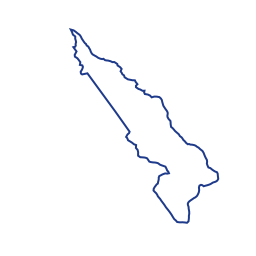 outline of João Ramalho, São Paulo, Brazil, rotated 305°
{"feature_id": "56859067B2602022152952", "entity_name": "João Ramalho", "entity_type": "district", "adm_level": 2, "iso_a3": "BRA", "parent_name": "Brazil", "parent_adm1": "São Paulo", "projection": "robinson", "projection_center": [-50.796, -22.233], "detail": "fine", "context": "isolated", "style": "outline", "palette": "blue", "viewbox_px": 256, "rotation_deg": 305, "n_neighbors": 0, "source": "geoboundaries", "source_scale": "gbopen_adm2", "svg_char_len": 3116}
<svg xmlns="http://www.w3.org/2000/svg" viewBox="0 0 256 256"><g transform="rotate(305 128 128)"><path d="M142.8,226.3L142.3,224.2L142.2,222.5L142.2,220.6L142.4,218.5L141.8,216.5L142.9,214.6L144.1,213.0L145.7,212.2L147.1,210.9L148.2,208.6L149.2,206.9L151.0,204.2L151.9,202.2L152.0,200.4L152.1,198.8L152.4,197.1L152.2,195.3L152.3,193.5L151.9,191.9L151.1,190.1L150.2,188.6L149.9,187.2L149.0,186.3L149.1,184.3L149.7,182.2L150.0,180.0L150.6,178.8L151.1,177.2L151.1,175.2L152.0,173.2L152.2,171.1L152.5,168.4L153.0,166.6L153.5,164.6L153.6,162.7L154.6,161.7L155.9,160.5L157.0,159.7L158.1,158.7L158.7,156.0L159.7,154.0L161.0,153.0L162.4,152.4L163.5,151.5L164.4,149.8L164.9,148.2L165.6,146.4L166.5,144.2L169.0,141.1L170.3,139.7L171.0,138.1L171.3,136.0L170.2,133.6L168.8,131.5L166.7,129.8L167.2,127.4L166.8,125.1L165.5,122.3L166.4,120.8L168.0,120.1L166.8,118.6L166.6,116.1L166.0,114.2L166.0,112.6L166.0,111.1L167.2,110.3L169.3,110.6L170.1,107.9L171.0,106.3L169.7,104.3L167.8,100.0L167.6,96.1L168.8,94.6L168.8,92.6L169.6,91.2L170.2,89.4L172.7,88.9L173.3,86.8L173.3,85.3L173.2,83.6L174.3,82.5L174.2,79.0L173.0,77.4L172.7,75.4L171.8,73.0L171.0,71.6L170.4,70.3L170.6,68.2L169.6,67.3L168.9,65.6L168.4,63.4L168.4,61.1L168.2,59.3L168.0,57.2L168.2,55.7L169.2,53.7L170.5,51.9L171.0,50.6L171.9,48.8L171.9,46.8L172.7,45.5L172.8,44.0L173.3,42.5L174.2,40.2L174.7,38.9L175.6,37.4L176.4,35.6L176.6,34.1L176.6,32.4L176.8,30.1L176.8,27.5L176.3,26.1L175.8,24.7L174.5,27.1L172.9,29.3L172.7,32.3L170.8,33.6L169.8,34.9L168.6,36.2L166.7,36.9L165.6,37.9L164.3,38.1L162.9,36.9L161.9,39.7L161.2,41.9L159.0,42.2L157.3,42.4L156.0,43.6L156.1,46.5L155.6,48.2L154.6,51.1L153.3,51.9L152.1,52.4L153.1,54.7L152.2,56.0L150.9,56.5L149.6,56.8L146.9,57.0L145.6,58.3L145.6,59.7L149.5,63.4L134.1,108.5L125.9,131.4L124.5,131.8L122.4,131.3L119.6,131.6L119.3,133.1L118.0,135.1L118.2,137.6L118.3,139.6L118.1,142.3L118.7,144.4L116.2,145.9L115.6,148.4L114.0,150.2L112.6,151.1L111.1,152.2L111.1,154.8L112.1,156.4L113.2,158.3L113.8,159.7L114.1,161.1L113.3,163.2L112.7,164.7L113.1,166.1L114.1,168.1L115.2,169.9L116.0,171.6L116.4,173.0L116.3,175.2L116.7,176.9L117.2,178.6L117.8,180.8L116.7,182.9L115.6,184.5L115.4,185.9L114.4,187.5L113.2,186.4L112.1,184.5L110.6,183.4L109.5,182.7L108.0,182.0L106.6,181.2L105.0,181.6L103.8,182.5L102.2,183.2L100.8,183.7L99.6,184.3L98.2,183.8L96.7,183.8L95.2,183.7L93.0,183.9L91.4,184.8L91.0,186.6L90.7,188.6L90.0,190.3L89.2,191.6L88.7,193.5L88.3,195.1L87.5,197.0L86.9,198.9L86.3,200.7L85.8,202.2L84.9,204.3L84.2,206.7L83.7,208.4L83.0,210.6L81.9,213.5L80.8,215.9L79.9,218.1L79.7,220.2L79.2,222.2L80.3,224.3L81.2,225.6L82.1,226.8L83.3,228.9L84.2,230.7L86.2,231.1L87.8,230.3L89.4,229.4L90.9,228.3L92.8,227.4L94.6,226.1L95.6,225.1L96.8,223.9L98.2,222.8L99.1,221.5L100.1,220.5L101.5,220.1L103.1,220.3L105.4,221.1L106.7,221.6L108.4,222.2L109.9,223.0L112.0,223.5L113.9,223.3L115.9,222.9L118.0,221.9L120.0,220.2L121.8,219.6L123.3,220.4L123.8,221.8L123.7,223.4L125.1,224.5L126.4,225.6L127.8,226.7L129.3,227.7L132.1,228.9L134.3,230.6L136.1,231.3L138.1,231.1L140.4,229.0L142.0,227.7L142.8,226.3Z" fill="none" stroke="#1e3a8a" stroke-width="2"/></g></svg>